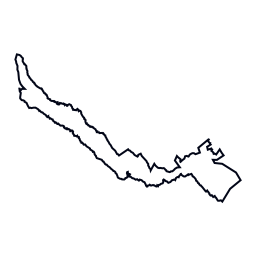 outline of Gatanga, Central, Kenya
{"feature_id": "3690345B38957853356973", "entity_name": "Gatanga", "entity_type": "district", "adm_level": 2, "iso_a3": "KEN", "parent_name": "Kenya", "parent_adm1": "Central", "projection": "robinson", "projection_center": [37.015, -0.887], "detail": "fine", "context": "isolated", "style": "outline", "palette": "ink", "viewbox_px": 256, "rotation_deg": 0, "n_neighbors": 0, "source": "geoboundaries", "source_scale": "gbopen_adm2", "svg_char_len": 5806}
<svg xmlns="http://www.w3.org/2000/svg" viewBox="0 0 256 256"><path d="M64.5,103.9L64.0,103.8L64.0,104.1L63.7,104.1L63.3,103.5L62.3,103.8L60.8,103.0L60.2,103.4L59.6,103.1L59.3,103.8L59.4,104.2L59.0,104.5L58.0,104.4L57.3,103.9L57.4,103.6L56.8,103.6L56.7,103.3L57.1,102.7L56.9,102.7L57.0,102.3L56.3,102.5L55.6,101.9L54.9,102.0L54.4,101.1L54.1,101.0L53.6,101.4L53.1,101.0L51.4,100.9L50.1,100.1L50.1,99.3L48.1,98.7L47.6,98.2L47.8,97.9L46.6,94.8L46.0,94.3L45.6,94.4L45.1,93.3L44.2,93.1L43.8,92.6L43.4,91.4L42.9,91.0L42.1,89.2L41.7,89.2L41.4,88.4L40.3,88.4L37.1,86.5L36.7,85.9L35.8,85.4L35.0,84.0L34.3,83.5L34.3,82.7L32.9,81.9L32.3,80.7L31.0,79.7L30.4,78.5L29.3,77.5L29.2,76.7L27.8,75.0L27.6,74.5L27.7,73.7L27.3,72.7L27.4,71.0L26.4,68.8L26.6,68.4L26.3,67.5L26.4,66.8L26.2,65.7L25.7,65.4L25.2,64.6L24.4,64.3L24.5,63.9L23.8,63.2L22.7,61.4L22.7,59.7L23.0,59.0L22.8,58.1L21.8,57.3L20.8,55.9L19.5,55.0L16.9,54.4L15.4,59.5L16.1,61.4L16.3,63.0L17.5,65.9L17.4,69.7L18.3,72.1L19.0,79.7L20.5,83.9L22.5,86.6L24.8,88.9L22.1,88.9L21.5,89.3L20.8,90.2L19.7,88.7L19.4,88.7L19.8,91.5L20.8,92.9L20.2,97.1L20.2,98.4L20.5,98.8L21.7,100.1L23.5,100.4L24.5,101.0L24.6,101.8L26.5,102.8L27.9,105.9L29.2,108.0L30.4,107.7L31.3,108.1L33.4,107.7L35.6,107.7L38.2,109.3L39.2,110.9L39.7,110.6L41.4,112.3L42.5,112.4L43.8,113.8L45.7,114.9L46.7,116.5L47.0,116.7L48.0,116.2L47.8,117.2L49.2,117.4L49.7,118.0L49.8,118.6L50.6,118.4L51.9,119.4L52.6,119.4L53.4,121.2L54.8,121.9L54.9,122.7L56.3,122.7L56.5,123.3L57.4,124.0L57.8,124.0L58.2,123.6L60.4,125.6L62.6,125.6L63.7,126.0L64.2,126.9L63.9,127.2L64.0,127.5L65.0,128.4L65.6,128.5L66.1,128.9L66.4,128.2L67.0,128.2L67.7,129.3L68.1,129.4L68.5,129.0L69.3,129.3L70.1,130.0L70.2,131.2L70.8,131.2L71.9,130.4L72.5,130.7L73.1,131.8L72.7,132.9L73.2,133.5L73.3,134.1L73.9,134.7L74.2,135.8L75.8,135.9L76.7,136.4L77.2,135.9L77.4,136.6L78.8,136.9L79.0,137.2L78.7,137.9L78.8,138.2L79.7,139.0L79.9,140.3L80.5,140.9L80.6,141.7L81.4,142.2L81.5,142.8L82.2,142.6L83.3,143.8L83.4,144.3L83.8,144.7L85.2,144.5L86.5,146.3L90.0,148.5L90.2,149.5L92.5,150.9L92.9,151.9L93.7,151.7L93.9,151.9L94.5,153.2L94.5,154.0L95.2,155.2L95.9,155.8L95.9,156.3L96.8,158.1L101.8,159.8L102.8,161.4L103.5,161.5L105.1,164.0L105.9,164.6L106.6,164.6L108.0,166.2L109.6,167.2L111.5,169.2L112.5,169.8L113.4,171.0L114.4,171.2L115.0,171.8L115.4,172.2L115.6,173.2L116.5,173.8L117.5,176.2L117.6,176.9L118.2,177.8L120.2,178.8L121.6,178.9L122.0,179.4L124.2,179.5L125.2,178.7L125.4,178.1L126.6,177.8L127.5,177.0L127.4,176.3L127.8,175.9L126.9,173.1L127.2,172.1L127.8,171.9L127.8,172.8L128.8,174.1L129.5,174.0L130.0,174.3L129.3,175.3L129.4,176.6L129.6,176.7L130.6,176.7L132.3,178.2L133.6,178.4L135.7,179.7L137.1,179.2L138.7,180.5L138.9,180.6L139.7,179.6L141.6,180.2L143.0,181.6L144.5,182.2L145.8,184.7L146.0,185.6L146.9,186.6L147.4,186.5L147.8,185.6L149.1,185.3L149.7,184.7L151.0,185.6L153.1,185.0L153.6,185.3L154.3,185.3L155.5,186.2L156.7,186.5L157.2,185.2L158.1,185.9L158.2,185.2L158.6,185.0L159.8,184.8L160.8,183.9L162.7,183.3L163.2,182.3L163.3,181.3L163.7,180.7L163.1,180.5L163.1,180.1L163.7,179.5L164.7,180.1L165.6,181.1L166.9,181.4L168.3,182.8L168.6,182.7L170.4,182.0L172.2,180.1L173.1,180.0L174.1,179.5L174.6,179.6L175.2,180.1L176.0,178.0L177.3,177.1L178.2,176.9L178.7,177.2L179.3,175.8L180.3,174.8L180.7,174.0L181.0,173.9L181.4,174.8L183.2,176.1L184.1,176.5L185.3,176.4L186.6,175.4L187.3,175.2L187.6,174.7L188.2,175.0L188.6,174.4L189.0,174.7L191.4,173.9L192.6,175.8L192.6,176.3L194.1,177.2L195.8,179.3L196.1,180.7L197.3,181.4L197.9,182.9L199.0,183.5L199.2,184.3L200.3,185.4L201.0,185.5L201.6,186.5L202.0,186.7L205.8,191.5L206.1,191.6L207.1,190.6L207.4,191.3L208.2,191.6L208.5,192.5L209.4,193.4L209.4,194.2L210.5,195.5L211.0,195.6L211.8,195.2L213.2,197.0L214.7,196.0L215.5,197.5L216.0,197.6L217.8,200.6L219.0,200.8L220.9,200.3L222.3,201.6L230.1,188.8L240.6,180.2L236.0,172.5L222.2,163.8L214.6,163.0L212.9,159.8L216.9,159.9L223.6,155.4L221.6,152.7L219.7,149.4L216.2,154.5L215.4,153.9L214.6,153.9L214.1,153.4L213.6,153.7L213.2,152.4L212.0,151.2L211.4,150.9L211.4,150.3L211.6,150.3L212.1,149.5L211.6,149.2L211.3,148.5L207.8,149.7L207.1,146.8L210.6,144.6L210.1,144.1L210.2,143.2L209.8,143.2L208.4,141.5L208.4,140.9L208.0,140.5L208.7,139.5L208.5,139.4L198.3,147.8L199.9,152.6L195.5,154.2L193.9,153.2L192.3,153.2L190.3,154.2L189.5,155.0L188.7,156.4L188.3,156.6L186.8,155.9L185.1,156.3L184.4,158.6L182.3,160.2L180.5,161.9L180.3,161.7L180.2,160.9L180.5,160.3L180.5,159.2L178.1,157.3L176.9,156.0L174.9,160.5L179.8,167.3L177.1,167.5L175.1,168.7L173.6,170.3L172.3,171.3L171.0,171.3L170.3,171.9L169.6,172.1L166.5,171.2L166.2,170.2L165.5,169.9L164.6,168.7L163.8,168.1L162.6,168.3L160.1,167.9L159.2,168.1L157.8,167.7L155.5,165.6L154.3,163.8L150.7,170.4L150.5,169.1L149.3,167.9L149.0,166.7L148.2,165.6L148.2,163.9L147.0,162.4L146.5,161.1L141.8,156.0L140.7,153.7L138.3,154.8L138.0,156.0L137.5,156.6L137.3,156.5L134.6,155.0L132.9,152.8L131.1,151.9L130.1,150.7L128.7,150.2L128.1,149.3L119.0,155.5L118.1,154.3L117.1,154.1L115.2,150.7L112.2,148.0L110.6,145.0L109.5,143.8L108.6,142.0L107.3,140.2L107.3,139.6L106.6,138.8L106.1,137.4L105.4,136.6L105.3,135.4L104.5,135.1L103.4,133.4L103.1,133.7L102.2,132.9L99.5,133.1L99.2,132.4L97.0,132.2L97.3,131.3L96.1,130.8L95.6,129.4L93.6,128.0L93.3,127.4L92.8,127.1L92.7,127.4L92.4,127.3L91.3,126.6L90.9,126.8L90.5,126.5L90.4,126.8L89.9,126.7L88.4,125.0L88.1,125.2L87.4,124.4L86.9,124.2L86.8,123.4L86.1,123.5L85.4,121.7L85.6,120.1L84.6,119.4L84.7,119.0L84.4,118.4L84.1,118.4L84.0,117.6L83.2,117.0L82.3,115.6L81.2,113.6L81.2,112.3L80.4,110.9L79.4,110.7L78.7,111.2L78.3,110.4L78.6,110.0L77.4,108.9L76.7,109.6L76.2,109.8L76.1,110.2L73.1,109.8L73.2,109.0L72.4,108.5L71.9,106.6L71.2,106.0L71.0,105.1L69.2,104.2L67.8,105.0L67.4,105.8L67.0,105.8L66.8,104.9L65.5,104.6L64.9,105.1L64.5,103.9Z" fill="none" stroke="#020617" stroke-width="2"/></svg>